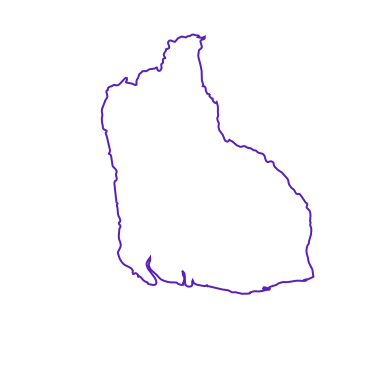 map outline of Guyane française (Natural Earth projection), rotated 146°
{"feature_id": "FRA-2000", "entity_name": "Guyane française", "entity_type": "Overseas department", "adm_level": 1, "iso_a3": "FRA", "parent_name": "France", "parent_adm1": "", "projection": "natural_earth1", "projection_center": [-53.325, 3.928], "detail": "fine", "context": "isolated", "style": "outline", "palette": "violet", "viewbox_px": 384, "rotation_deg": 146, "n_neighbors": 0, "source": "natural_earth", "source_scale": "10m", "svg_char_len": 5880}
<svg xmlns="http://www.w3.org/2000/svg" viewBox="0 0 384 384"><g transform="rotate(146 192 192)"><path d="M121.2,252.8L122.5,249.0L123.4,247.3L125.8,243.9L127.5,240.8L129.7,239.0L129.8,239.0L130.5,237.7L130.9,236.2L131.1,234.8L131.4,233.8L133.8,231.0L134.8,227.9L134.6,222.2L135.2,219.0L135.7,217.3L135.8,216.1L135.4,215.1L134.5,214.0L133.9,213.8L133.2,213.9L132.5,214.2L131.8,214.3L131.7,213.8L130.2,211.1L128.8,205.7L128.2,204.9L126.8,202.6L126.1,202.0L123.9,201.3L123.1,200.9L122.8,200.6L122.1,199.7L121.5,198.2L121.0,197.3L120.7,197.3L120.5,196.7L119.2,195.9L117.6,192.4L117.2,191.9L116.2,191.0L115.8,190.3L115.1,187.7L114.7,187.0L112.4,184.6L111.8,183.3L111.7,181.5L112.0,180.3L112.9,177.7L113.1,176.5L112.8,174.9L112.2,174.3L109.9,173.6L109.1,173.0L108.4,172.0L108.1,170.7L108.8,169.2L109.2,167.9L109.2,166.0L108.6,162.7L106.6,157.9L105.5,149.7L105.7,147.8L107.0,145.0L107.3,143.7L107.3,140.6L107.2,139.7L106.3,137.2L106.3,135.3L106.5,133.9L106.5,132.6L105.7,131.2L105.1,130.8L104.4,130.6L103.9,130.1L103.7,129.1L103.7,119.7L103.2,118.7L103.1,117.9L103.4,117.1L105.2,115.7L105.5,115.3L105.6,114.2L105.0,111.2L105.2,109.9L105.6,108.7L106.8,106.4L110.4,101.8L110.6,101.3L110.8,100.4L111.1,100.0L112.1,99.1L112.5,98.6L113.3,95.6L114.0,94.4L114.6,93.3L117.4,90.0L122.6,85.7L123.9,84.0L126.1,83.1L128.1,81.5L129.8,79.5L131.1,77.3L132.9,72.1L134.2,69.4L134.6,68.1L135.6,60.2L136.8,57.9L138.1,55.3L138.7,53.9L139.4,53.9L142.3,54.4L144.3,54.7L145.9,55.5L147.2,56.1L147.7,56.2L147.5,55.7L146.1,54.9L146.6,54.8L147.5,54.9L149.7,56.2L151.5,57.5L152.6,58.5L153.8,59.2L155.1,60.1L162.5,63.5L164.8,64.9L166.7,66.3L168.2,67.0L169.1,67.2L171.3,67.9L173.9,67.8L178.6,69.2L180.8,69.8L182.5,69.6L183.4,70.2L184.4,71.7L185.6,72.8L187.0,72.3L187.1,71.4L185.9,71.2L184.7,70.2L183.3,69.0L182.1,68.7L181.7,68.8L181.6,68.3L182.2,67.8L182.9,67.9L184.2,68.8L186.2,69.7L189.0,70.6L190.5,71.4L192.1,72.1L195.3,74.6L197.7,75.6L200.3,76.2L200.6,75.6L201.0,75.7L203.0,76.8L207.5,79.7L211.9,84.5L214.9,86.4L216.9,90.2L221.6,94.5L230.8,104.5L231.5,104.9L231.8,105.1L231.7,105.6L231.7,106.1L231.7,106.4L232.1,106.5L232.9,106.4L233.2,106.4L234.8,107.5L239.9,112.5L241.4,115.3L240.8,118.4L242.0,117.6L243.7,114.8L245.1,114.3L246.6,114.7L248.0,115.7L249.0,117.2L249.3,118.7L248.2,121.2L245.8,124.9L243.8,128.7L244.0,131.4L244.4,131.4L244.6,130.4L245.0,129.7L245.5,129.1L245.7,128.6L246.1,126.7L246.6,124.7L247.6,123.5L250.4,121.4L251.1,120.0L252.3,120.6L253.7,121.9L254.8,123.5L255.2,124.9L255.9,126.0L260.1,128.9L262.4,131.0L264.7,133.8L266.6,136.9L267.3,140.1L267.7,143.1L269.2,149.0L269.6,152.0L268.8,155.5L267.1,157.2L265.0,158.6L263.3,161.2L267.3,159.7L269.5,158.3L270.5,156.7L270.6,155.9L271.3,153.9L271.4,152.5L270.8,141.6L271.2,138.9L272.3,136.7L273.1,136.0L274.1,135.8L275.2,136.0L276.3,136.7L279.4,139.9L279.9,140.8L279.4,141.7L281.2,144.6L281.7,146.3L281.8,148.0L282.2,150.2L282.9,151.8L284.0,151.8L283.9,152.5L283.5,153.0L283.2,153.4L283.2,153.9L283.5,155.1L284.0,156.2L285.1,156.5L286.2,156.6L286.7,157.2L286.4,158.3L285.8,158.9L285.2,159.6L284.9,161.2L285.1,162.5L285.5,163.7L288.0,168.1L288.9,170.0L289.3,172.1L289.4,174.9L289.2,177.2L287.9,181.9L287.1,183.5L282.2,186.3L280.6,188.0L279.6,190.3L279.1,192.8L278.3,194.8L277.2,196.6L272.9,202.0L270.9,203.1L270.4,203.7L270.2,204.5L270.4,206.1L270.3,206.7L269.7,207.4L269.3,207.5L268.8,207.4L268.1,207.7L267.1,209.0L266.7,210.4L266.2,213.7L265.5,215.5L262.8,220.2L262.0,222.3L261.5,223.3L260.2,224.0L260.2,224.6L260.3,225.3L260.3,225.9L251.4,242.8L250.7,243.5L249.9,244.1L249.3,244.0L248.8,243.9L248.0,244.1L246.7,245.4L245.4,249.0L243.0,251.0L242.6,252.5L242.7,254.2L243.3,257.5L243.2,258.1L239.0,266.9L238.7,268.0L238.9,269.0L239.4,269.7L239.5,270.3L238.6,270.8L237.9,271.1L237.4,271.5L236.9,272.1L236.5,272.8L231.4,286.1L230.9,288.4L230.7,289.0L230.2,289.4L228.8,290.0L228.6,290.4L228.8,291.2L229.9,293.1L230.1,294.0L230.0,295.0L229.7,295.5L229.4,296.0L229.0,296.7L227.6,300.2L225.7,303.3L223.3,305.8L221.9,308.9L221.0,310.2L219.9,311.3L212.6,316.4L209.7,317.7L208.6,318.7L207.8,320.5L207.3,322.3L206.8,323.0L206.2,323.7L205.8,323.8L205.0,323.6L204.7,323.7L204.4,324.0L203.8,324.9L203.4,325.2L202.0,325.4L199.5,324.7L196.7,324.4L194.7,322.4L193.3,321.9L192.0,321.9L184.1,323.6L183.1,323.7L182.3,323.0L182.8,321.8L184.0,320.7L185.3,320.2L185.3,319.5L181.2,315.5L179.5,312.8L179.0,312.3L178.1,312.0L177.8,312.1L177.7,312.6L175.8,315.2L175.1,315.8L172.8,316.8L170.4,318.8L169.6,319.2L167.1,319.4L165.8,319.8L164.8,319.4L162.7,318.0L161.6,317.7L159.4,317.6L158.3,317.4L153.9,315.2L152.0,315.1L151.5,314.8L151.6,314.3L152.2,312.8L152.3,312.0L151.6,310.8L150.5,310.5L149.3,310.9L148.1,311.6L147.4,312.7L146.8,313.9L146.1,315.0L145.3,315.2L143.8,315.4L143.0,316.4L142.4,317.7L141.5,318.4L140.2,318.3L139.4,318.0L139.1,318.4L139.1,320.3L138.6,321.7L137.4,322.6L134.6,323.8L134.3,324.0L133.6,324.8L133.2,325.0L132.8,324.8L132.2,324.3L131.8,324.2L130.5,324.2L130.0,324.6L129.5,325.7L128.6,328.8L127.7,329.8L126.2,330.1L125.3,329.8L124.7,329.3L122.6,326.3L122.3,326.1L121.2,326.3L119.9,326.6L118.8,327.0L117.7,327.3L114.4,326.8L113.8,326.6L113.0,326.1L111.3,324.2L110.5,323.6L110.0,323.5L109.6,323.6L108.6,323.5L108.0,323.4L107.0,322.8L106.5,322.6L103.7,322.3L102.7,321.6L101.4,320.0L99.2,318.1L99.0,317.3L100.5,317.0L99.3,315.7L97.9,314.6L96.4,313.9L94.6,313.7L95.7,312.2L96.6,312.1L98.8,312.8L100.1,312.7L100.9,312.0L102.6,306.8L103.3,306.4L104.0,305.9L105.4,305.9L106.4,305.8L107.2,305.4L110.4,301.8L111.4,299.9L114.0,292.4L116.3,287.0L121.1,279.5L121.6,278.4L122.6,274.8L123.1,274.2L123.9,273.7L123.0,272.9L122.6,272.4L122.5,271.9L122.5,271.1L122.8,270.2L123.7,268.6L123.9,268.2L124.3,265.9L124.3,264.8L124.0,264.7L123.2,263.8L122.9,262.7L123.6,262.2L123.9,261.7L123.8,260.6L123.4,258.8L123.3,258.6L122.7,258.1L122.7,257.6L123.0,257.4L123.3,257.2L123.6,255.4L123.4,253.7L122.7,252.6L121.2,252.8Z" fill="none" stroke="#5b21b6" stroke-width="2"/></g></svg>